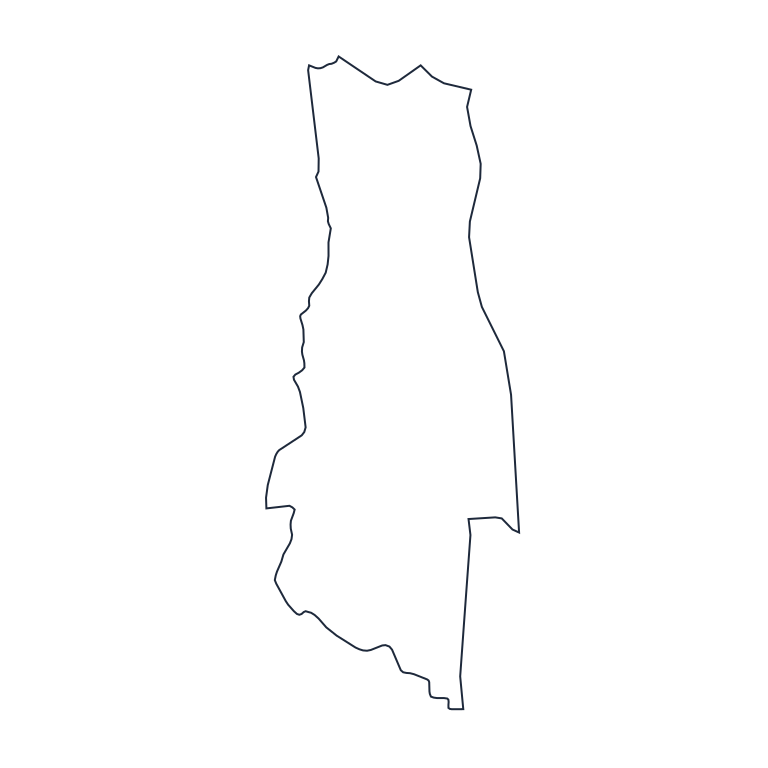 Lubombo, Equal Earth projection, rotated 356°
{"feature_id": "SWZ-535", "entity_name": "Lubombo", "entity_type": "District", "adm_level": 1, "iso_a3": "SWZ", "parent_name": "eSwatini", "parent_adm1": "", "projection": "equal_earth", "projection_center": [31.73, -26.547], "detail": "fine", "context": "isolated", "style": "outline", "palette": "slate", "viewbox_px": 768, "rotation_deg": 356, "n_neighbors": 0, "source": "natural_earth", "source_scale": "10m", "svg_char_len": 1958}
<svg xmlns="http://www.w3.org/2000/svg" viewBox="0 0 768 768"><g transform="rotate(356 384 384)"><path d="M442.8,68.7L453.3,80.7L464.8,88.2L491.5,96.5L486.2,113.4L488.3,132.7L493.1,152.6L495.8,171.1L494.3,185.5L481.0,227.9L479.1,243.5L484.0,298.9L487.0,313.9L505.9,359.7L510.0,403.6L508.4,541.6L502.0,538.1L492.1,526.3L485.7,524.8L458.9,524.6L459.7,540.7L452.9,587.9L446.6,631.9L439.6,681.0L440.4,713.9L428.7,713.1L427.0,712.7L425.7,711.6L425.9,708.5L426.3,705.7L426.2,703.4L425.2,702.2L422.0,701.5L415.0,701.0L411.7,700.3L409.0,699.1L408.1,696.3L407.9,693.9L408.3,684.6L407.8,682.9L406.4,681.7L393.7,675.6L389.8,674.3L386.2,673.8L383.0,672.9L380.8,670.7L373.5,649.6L371.1,646.3L367.3,644.6L364.0,644.7L352.3,648.4L348.5,648.9L344.5,648.3L340.9,646.9L337.2,644.9L319.2,631.7L309.4,622.7L302.4,613.4L298.6,609.5L295.3,607.1L292.9,606.3L290.0,605.2L288.0,605.9L285.7,607.7L283.4,608.3L281.1,607.3L278.3,604.4L273.0,597.5L270.9,593.8L262.6,575.7L261.4,572.0L262.7,567.3L264.1,563.8L269.2,554.0L271.8,547.0L279.0,536.4L280.9,532.3L281.8,528.0L280.9,521.7L281.0,517.7L281.6,513.9L284.9,506.6L286.1,503.0L284.0,500.7L281.2,498.9L258.0,499.9L258.4,489.2L261.0,476.7L270.3,448.9L271.7,446.3L273.3,444.1L274.9,442.6L298.3,429.5L301.1,426.4L302.8,421.8L301.8,402.4L299.6,386.1L298.0,380.6L294.5,373.5L294.2,370.5L296.2,368.4L299.8,366.8L303.3,364.6L305.8,362.0L306.0,357.7L305.8,354.8L304.6,349.0L304.4,345.9L304.9,341.8L306.9,336.6L307.4,324.0L306.8,319.6L305.2,312.8L305.1,310.5L305.9,308.9L311.2,305.3L313.5,303.1L314.9,300.7L314.9,296.2L315.5,292.5L318.3,288.4L325.9,280.3L329.8,275.0L333.6,268.9L336.1,260.8L337.6,252.4L338.5,238.9L341.8,225.0L340.0,220.5L339.4,217.7L339.9,214.4L338.8,204.1L330.6,172.8L333.5,167.5L334.6,154.4L330.2,65.6L331.5,60.9L337.7,63.9L340.1,64.5L342.6,64.5L345.1,63.9L349.5,61.7L351.7,61.0L354.0,60.9L356.7,60.0L358.8,58.9L361.6,54.1L396.8,81.6L408.3,85.8L419.8,82.6L442.8,68.7Z" fill="none" stroke="#1e293b" stroke-width="2"/></g></svg>